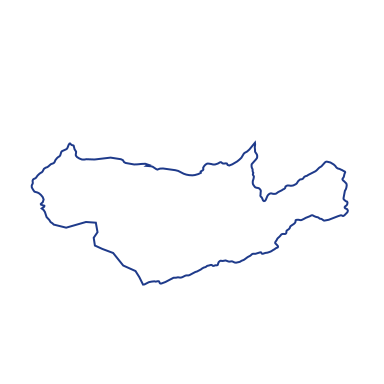 SVG path tracing the border of Menabe, rotated 74°
{"feature_id": "MDG-5878", "entity_name": "Menabe", "entity_type": "Autonomous Province", "adm_level": 1, "iso_a3": "MDG", "parent_name": "Madagascar", "parent_adm1": "", "projection": "natural_earth1", "projection_center": [45.071, -20.047], "detail": "fine", "context": "isolated", "style": "outline", "palette": "blue", "viewbox_px": 384, "rotation_deg": 74, "n_neighbors": 0, "source": "natural_earth", "source_scale": "10m", "svg_char_len": 6048}
<svg xmlns="http://www.w3.org/2000/svg" viewBox="0 0 384 384"><g transform="rotate(74 192 192)"><path d="M111.7,295.9L113.6,294.8L114.5,293.3L114.8,293.0L118.6,293.1L121.2,292.3L122.5,292.7L123.7,293.3L125.0,293.6L126.7,292.9L128.7,291.1L130.4,288.9L131.1,286.8L131.4,284.4L133.9,276.7L136.5,260.8L140.9,251.3L142.3,249.7L144.6,249.0L145.8,247.8L149.6,240.0L150.4,236.7L151.1,232.8L152.0,229.1L153.8,226.5L153.8,227.2L154.3,228.7L156.0,224.2L156.9,222.8L160.0,220.2L160.9,219.1L160.7,216.4L161.4,213.4L166.4,202.1L167.9,199.5L172.1,195.0L173.7,192.7L175.0,190.1L176.1,187.0L176.5,184.5L176.5,180.9L176.0,178.2L174.7,178.0L174.1,175.7L173.7,175.1L173.2,174.8L172.2,174.7L171.8,174.6L170.8,173.6L169.9,172.4L169.2,170.9L168.9,169.5L169.2,168.4L170.5,165.6L171.1,164.7L171.6,163.5L171.9,162.2L171.8,159.4L171.6,158.5L171.4,157.8L171.2,157.0L171.3,156.0L171.6,155.7L172.8,154.8L173.2,154.3L173.6,152.8L173.8,151.5L174.3,150.6L175.8,150.3L176.8,148.9L176.5,145.7L175.1,140.2L174.0,137.6L172.7,135.1L169.4,131.6L168.9,130.6L168.3,127.9L167.0,125.2L162.0,117.9L163.6,118.2L166.5,119.4L168.9,119.8L170.3,120.2L171.0,120.2L173.1,119.5L173.9,119.3L174.7,119.3L175.4,119.4L176.0,119.6L177.0,120.0L177.5,120.5L178.4,121.7L181.3,126.3L181.7,126.9L182.4,127.3L184.0,127.7L185.0,127.8L186.9,127.5L188.4,127.9L189.3,128.0L190.5,127.8L191.7,128.6L192.3,128.7L193.6,128.3L194.4,128.3L196.4,129.3L197.7,130.2L198.4,130.6L200.0,131.1L200.8,131.2L201.6,131.2L203.9,130.4L204.8,130.0L205.6,129.0L206.2,127.7L206.8,126.7L207.7,126.1L208.6,125.7L209.4,125.5L210.1,125.6L211.5,126.2L213.3,126.8L213.9,127.1L214.5,127.3L215.3,127.2L216.4,126.5L218.0,126.2L219.4,126.1L220.1,125.8L220.6,125.3L220.6,124.3L220.2,123.7L219.7,123.1L216.7,120.7L216.2,120.1L215.8,119.6L215.3,118.6L215.1,117.9L215.0,117.1L215.2,116.1L216.0,114.8L216.4,113.8L216.7,112.5L216.7,111.5L216.4,110.7L216.1,109.9L215.8,109.0L215.1,105.2L214.6,103.7L214.5,102.7L214.2,102.0L213.8,101.3L212.8,100.8L212.5,100.6L212.3,99.9L212.1,99.2L212.1,98.2L212.5,97.0L213.3,95.2L213.5,93.9L213.6,92.8L213.1,90.1L212.8,89.4L212.6,88.9L212.2,88.5L210.8,86.9L209.8,84.8L209.8,84.0L210.0,83.0L209.9,82.1L209.6,81.4L208.6,80.2L208.3,79.5L208.1,78.6L208.1,77.0L207.6,75.5L206.1,67.7L205.8,66.9L205.5,66.2L203.9,63.4L203.6,62.7L203.2,61.2L203.0,60.5L200.5,56.5L200.1,55.8L199.9,55.1L199.9,54.3L200.2,53.6L201.4,51.5L201.8,50.8L204.6,48.2L206.4,47.1L208.1,46.5L209.0,45.9L209.7,45.2L210.5,43.8L211.5,42.7L212.4,41.6L213.6,40.5L214.1,39.9L214.6,39.4L215.2,39.3L216.9,40.6L219.1,41.8L219.8,42.4L220.3,43.1L220.9,43.7L221.5,43.9L222.5,43.6L223.8,42.7L226.4,41.3L227.4,41.3L228.4,41.5L230.1,42.3L231.1,42.9L231.9,43.5L232.9,44.6L233.6,45.0L239.8,48.1L240.7,48.2L241.7,47.7L243.2,46.7L243.6,46.2L244.0,45.6L244.5,45.5L245.2,45.5L246.6,46.2L247.2,46.8L247.6,47.4L247.8,48.1L248.1,48.8L248.6,49.4L249.2,49.5L249.9,49.2L251.3,47.6L252.7,47.3L253.8,47.8L254.4,48.4L256.4,51.9L256.7,52.9L256.7,53.5L255.7,54.7L255.5,55.1L255.4,55.6L255.5,58.3L256.4,68.2L256.0,72.5L255.8,73.1L255.5,73.4L254.1,74.5L253.5,75.1L252.8,76.6L252.5,76.8L251.6,77.4L251.0,78.0L250.3,79.4L249.1,81.0L247.9,82.2L247.5,82.8L247.4,83.4L247.4,83.8L247.8,85.6L248.2,89.7L248.7,91.9L249.1,94.2L249.1,94.9L249.0,95.4L248.2,97.0L247.9,97.7L247.6,99.1L247.6,99.8L247.8,100.2L249.3,100.8L249.6,101.1L250.1,101.6L250.7,102.7L251.9,106.4L252.1,106.8L252.6,107.3L253.8,108.2L254.5,109.4L254.9,110.8L255.2,111.5L255.5,111.9L257.1,112.5L257.5,112.8L257.9,113.4L258.0,114.0L257.9,114.5L257.6,115.4L257.4,116.0L257.3,117.0L257.4,117.6L257.6,118.1L258.3,119.0L259.1,120.3L259.8,121.8L260.4,122.8L261.8,124.1L262.5,125.0L263.0,125.6L263.6,126.0L264.0,126.1L264.4,126.0L266.4,124.9L267.5,124.4L267.9,124.4L268.4,124.4L268.9,124.9L269.0,125.5L269.1,126.4L269.2,127.0L269.8,128.5L270.1,129.9L270.8,132.2L271.0,133.7L271.1,136.2L270.8,138.2L270.9,140.7L270.8,141.3L270.6,141.7L270.3,141.9L269.3,142.3L269.0,142.4L268.9,142.7L268.8,143.0L268.9,147.6L268.9,148.1L268.4,149.6L268.2,150.7L268.3,151.4L268.5,151.9L268.7,152.2L269.3,153.5L269.9,156.4L271.4,160.4L271.6,161.3L271.7,162.6L271.8,163.4L272.3,165.2L272.3,165.8L272.1,169.0L271.8,169.9L271.4,170.6L269.9,172.3L269.6,173.0L269.5,173.4L269.3,175.0L269.2,175.4L268.8,176.2L267.1,178.5L267.0,179.2L266.8,181.2L266.6,182.1L266.0,183.2L266.0,183.7L266.1,184.3L266.5,185.2L266.8,185.7L267.8,186.5L268.8,187.1L269.1,187.3L269.3,187.7L269.3,188.1L269.2,188.8L268.9,189.7L268.9,190.2L269.0,191.3L268.9,191.8L268.8,192.2L267.6,193.2L267.4,193.6L267.3,194.0L267.3,194.5L267.3,196.1L267.2,197.5L267.3,198.1L267.7,199.0L267.9,199.7L267.9,201.7L268.1,202.4L268.3,203.3L268.9,204.8L269.8,209.1L269.8,210.6L269.9,211.3L271.1,216.9L271.2,217.7L271.2,218.4L270.8,219.7L270.6,220.6L270.6,221.1L270.6,221.6L271.2,224.8L271.2,226.4L270.9,227.3L270.2,228.8L270.1,229.2L270.0,230.7L269.8,231.7L269.4,233.0L269.4,233.7L271.2,242.4L271.5,246.3L271.5,246.9L271.4,247.3L271.2,247.7L270.9,247.9L270.5,248.1L269.1,248.3L268.8,248.4L268.6,248.7L268.4,249.2L268.3,249.7L268.2,251.2L268.1,251.7L267.5,252.8L267.4,253.3L267.0,255.6L266.8,258.1L266.9,258.9L267.1,259.9L267.5,261.9L267.7,262.9L267.7,263.6L267.5,264.6L259.3,266.1L252.4,268.1L243.7,278.4L228.9,284.6L222.0,293.9L216.7,300.1L208.9,299.1L204.6,293.9L195.0,292.9L191.6,302.2L191.6,322.8L185.2,333.9L183.6,334.8L182.0,336.2L179.5,336.9L176.0,338.7L170.7,338.9L168.4,339.6L166.4,341.0L165.7,338.8L165.4,338.2L164.7,337.7L164.4,337.8L163.7,339.1L162.4,340.7L161.8,340.6L160.6,338.2L158.3,336.7L155.8,336.9L153.2,338.0L151.1,339.4L149.9,340.7L148.3,343.3L147.1,343.8L144.6,344.5L143.2,344.7L141.7,344.3L141.1,343.9L140.2,343.0L139.8,342.7L138.8,342.4L137.9,342.3L137.0,342.0L136.2,341.3L135.9,340.6L135.6,338.7L135.2,337.9L133.6,335.9L132.4,333.6L131.9,332.2L131.7,331.1L131.1,330.0L128.9,327.9L128.3,326.0L128.2,324.1L127.7,322.8L126.4,320.1L126.3,319.3L126.2,317.6L126.0,316.8L125.5,316.0L123.6,314.4L122.2,312.4L121.5,310.9L121.2,309.6L120.5,308.6L117.6,306.7L116.9,305.7L116.3,301.4L116.0,300.4L115.2,299.5L112.7,297.6L111.7,296.4L111.7,295.9Z" fill="none" stroke="#1e3a8a" stroke-width="2"/></g></svg>